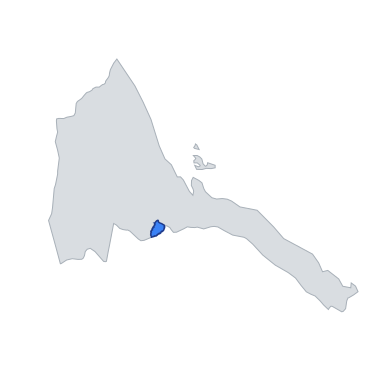 Adi Quala, Debub, Eritrea shown in context, rotated 350°
{"feature_id": "51966322B57364805304830", "entity_name": "Adi Quala", "entity_type": "district", "adm_level": 2, "iso_a3": "ERI", "parent_name": "Eritrea", "parent_adm1": "Debub", "projection": "natural_earth1", "projection_center": [38.835, 14.613], "detail": "fine", "context": "in_parent", "style": "filled", "palette": "blue", "viewbox_px": 384, "rotation_deg": 350, "n_neighbors": 0, "source": "geoboundaries", "source_scale": "gbopen_adm2", "svg_char_len": 5231}
<svg xmlns="http://www.w3.org/2000/svg" viewBox="0 0 384 384"><g transform="rotate(350 192 192)"><path d="M49.9,239.8L48.6,225.1L47.7,215.3L46.7,204.9L45.8,195.1L50.0,189.0L51.9,183.3L56.9,164.7L58.9,161.0L62.8,151.0L63.3,148.1L67.2,135.5L66.9,127.2L66.1,118.7L68.2,113.7L70.1,109.7L70.0,106.3L70.8,98.4L71.4,96.5L73.7,96.4L78.4,97.4L81.9,96.6L85.9,96.6L88.9,96.3L90.8,93.9L93.3,84.8L94.9,82.9L96.1,82.4L99.6,80.7L102.7,78.0L105.1,76.1L106.0,75.7L108.6,75.4L111.2,74.3L112.4,73.0L115.7,72.0L118.9,72.6L121.0,71.4L122.5,70.7L124.1,70.6L125.6,69.6L126.2,67.9L127.2,66.9L129.7,64.5L130.8,62.8L131.3,61.0L131.8,59.7L132.9,57.3L137.3,51.5L141.1,48.0L154.2,77.6L159.5,95.1L164.2,113.4L167.7,140.8L171.1,154.7L176.4,161.6L180.1,174.6L183.3,175.1L185.6,178.7L189.5,190.9L192.3,195.4L193.8,191.5L193.6,189.3L192.5,185.5L193.5,180.7L195.7,177.8L200.7,181.7L203.4,184.7L204.2,190.7L205.3,194.1L210.6,201.1L215.0,203.2L220.7,203.7L225.5,205.2L229.4,207.8L236.6,215.0L253.0,221.3L266.3,240.5L274.2,253.8L299.9,274.1L304.4,283.7L306.7,293.2L312.1,292.8L321.4,303.1L324.1,311.0L331.7,313.9L333.0,309.2L336.7,313.1L338.2,319.0L333.3,321.4L328.0,323.4L327.2,323.4L325.5,326.1L323.0,333.6L320.2,335.8L318.7,336.0L310.3,329.0L309.0,328.6L307.2,329.9L305.9,331.4L302.0,326.1L299.2,321.4L295.2,315.8L291.3,313.3L287.2,310.1L283.1,302.8L279.0,294.7L272.8,288.1L261.3,278.5L250.8,266.5L242.7,253.8L237.5,247.3L235.3,245.6L224.6,241.5L217.1,235.7L211.4,230.9L207.8,229.7L204.4,229.5L197.1,230.4L191.1,227.5L188.5,227.5L184.5,226.6L181.3,225.5L177.5,226.8L169.8,228.9L166.7,228.5L165.0,225.5L164.0,223.2L161.3,220.9L159.1,220.9L157.9,223.0L149.8,228.3L136.4,231.3L133.2,231.1L130.9,228.9L124.1,219.8L122.1,218.3L120.6,218.1L117.5,217.0L114.5,215.3L111.9,211.5L109.4,209.4L106.6,216.7L101.7,229.6L99.0,236.5L95.7,245.4L94.6,245.6L92.9,245.0L86.2,233.9L82.0,229.8L78.8,230.2L76.5,232.2L75.1,235.9L73.5,238.2L71.8,239.1L68.1,238.6L62.5,236.9L56.7,237.2L50.7,239.8L49.9,239.8ZM207.8,166.2L209.6,168.9L210.8,168.7L211.8,167.8L212.5,165.9L219.4,169.7L219.0,172.2L214.9,172.3L210.2,171.2L205.8,171.6L200.5,170.5L199.3,166.2L202.7,168.3L204.4,167.8L204.7,167.2L202.3,164.3L199.0,163.7L199.2,161.5L200.7,160.6L201.6,159.5L199.7,156.3L203.5,157.0L205.8,158.9L207.4,161.2L207.8,166.2ZM204.9,146.5L206.4,151.4L202.1,149.5L201.4,148.5L203.3,146.5L203.7,145.3L204.9,146.5Z" fill="#d9dde1" stroke="#a8b0b8" stroke-width="1"/><path d="M154.1,213.8L153.8,213.9L153.7,213.9L153.4,213.9L153.2,214.0L152.9,214.1L152.6,214.1L152.3,214.3L152.1,214.3L151.8,214.5L151.7,214.6L151.4,214.8L151.2,215.0L150.7,215.5L150.4,215.6L150.1,215.9L150.0,216.0L149.9,216.1L149.7,216.1L149.8,216.2L149.7,216.3L149.8,216.5L150.0,216.5L150.0,216.8L149.9,216.9L149.9,217.0L149.8,217.4L149.8,217.5L149.7,217.5L149.5,217.8L149.5,218.0L149.4,218.0L149.2,218.0L149.1,218.3L149.0,218.5L148.9,218.7L148.8,218.8L148.7,218.9L148.6,219.0L148.4,219.1L148.4,219.3L148.1,219.4L148.0,219.5L147.9,219.5L147.7,219.7L147.8,219.8L147.7,219.8L147.6,220.0L147.4,220.2L147.5,220.2L147.5,220.3L147.4,220.4L147.5,220.4L147.4,220.4L147.4,220.5L147.2,220.6L147.2,220.8L146.9,221.0L146.7,221.3L146.7,221.5L146.5,221.8L146.4,221.8L146.4,222.1L146.2,222.0L146.1,222.3L146.2,222.5L146.1,222.4L145.9,222.5L145.9,222.4L145.7,222.5L145.6,222.8L145.5,223.0L145.4,223.1L145.2,223.2L145.2,223.3L145.0,223.5L144.9,223.5L144.9,223.4L144.9,223.5L144.8,223.4L144.7,223.5L144.7,223.8L144.6,224.0L144.6,224.3L144.6,224.8L144.5,225.1L144.4,225.4L144.3,225.5L144.2,225.8L144.2,226.0L144.2,226.4L144.2,226.6L144.1,226.8L144.1,227.1L143.9,227.2L144.0,227.7L144.1,228.1L144.2,228.5L144.3,228.7L144.2,228.8L144.2,229.1L144.2,229.3L144.2,229.5L144.3,229.5L144.3,229.4L144.5,229.3L144.7,229.2L144.9,229.2L145.1,229.2L145.2,228.9L145.2,229.0L145.3,229.1L145.5,229.1L145.8,229.2L146.0,229.2L146.2,229.3L146.3,229.3L146.5,229.3L146.7,229.2L147.0,229.2L147.3,229.1L147.3,228.9L147.7,229.0L147.8,229.0L148.0,229.0L148.1,228.8L148.3,228.9L148.7,229.0L148.9,229.1L149.0,229.1L149.3,228.9L149.5,228.8L149.6,228.7L149.8,228.6L150.0,228.6L150.1,228.3L150.1,228.2L150.3,228.0L150.5,228.1L150.9,228.0L151.1,227.9L151.2,227.7L151.4,227.4L151.5,227.4L151.8,227.4L151.9,227.5L152.0,227.5L152.1,227.4L152.1,227.5L152.5,227.5L152.5,227.4L152.8,227.3L153.1,227.3L153.2,227.2L153.3,227.2L153.5,227.2L153.8,227.0L153.9,226.9L154.0,226.9L154.1,226.7L154.3,226.6L154.4,226.4L154.5,226.2L154.8,226.0L154.8,225.9L154.8,225.7L155.0,225.5L155.2,225.4L155.3,225.4L155.7,225.4L155.9,225.5L156.0,225.6L156.2,225.3L156.4,225.2L156.6,225.2L156.9,225.2L157.1,225.1L157.1,224.9L157.3,224.7L157.5,224.5L157.5,224.4L157.6,224.2L157.8,224.0L157.9,223.9L158.0,223.8L158.0,223.6L158.2,223.4L158.3,223.1L158.2,222.9L158.3,222.7L158.7,222.6L158.8,222.4L158.7,222.3L158.7,222.2L158.8,222.0L158.9,221.7L158.7,221.5L158.6,221.4L158.7,221.1L158.8,221.0L158.8,220.9L159.0,220.7L159.0,220.4L158.9,220.2L159.0,220.0L158.8,219.8L158.5,219.5L158.3,219.3L158.1,219.1L157.6,218.9L157.4,218.6L157.2,218.4L157.0,218.2L156.9,218.1L156.7,217.9L156.3,217.7L155.9,217.5L155.6,217.3L155.4,217.2L155.0,216.9L154.7,216.7L154.3,216.4L154.2,216.2L153.9,215.8L153.8,215.5L153.8,215.1L153.7,214.9L153.8,214.6L153.8,214.4L153.9,214.0L154.1,213.8Z" fill="#3b82f6" stroke="#1e3a8a" stroke-width="1.5"/></g></svg>